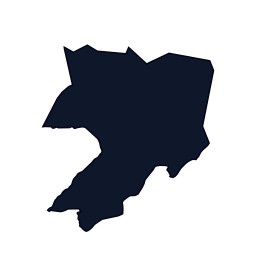 SVG path tracing the border of Gbapolu, rotated 348°
{"feature_id": "LBR-1459", "entity_name": "Gbapolu", "entity_type": "County", "adm_level": 1, "iso_a3": "LBR", "parent_name": "Liberia", "parent_adm1": "", "projection": "orthographic", "projection_center": [-10.534, 7.419], "detail": "fine", "context": "isolated", "style": "filled", "palette": "ink", "viewbox_px": 256, "rotation_deg": 348, "n_neighbors": 0, "source": "natural_earth", "source_scale": "10m", "svg_char_len": 2730}
<svg xmlns="http://www.w3.org/2000/svg" viewBox="0 0 256 256"><g transform="rotate(348 128 128)"><path d="M45.0,109.0L65.2,84.3L71.0,79.4L78.1,75.5L79.2,75.1L82.7,74.5L82.3,37.6L82.5,35.8L90.3,42.6L105.5,38.6L113.9,46.5L141.5,55.0L145.4,49.4L159.5,69.2L183.6,63.5L221.9,79.3L223.6,89.5L201.2,141.8L204.2,159.6L202.1,161.7L196.5,164.9L194.0,166.8L191.1,170.4L190.3,171.1L189.4,171.5L188.7,172.3L188.0,172.9L187.1,172.7L186.4,172.3L185.4,172.1L184.4,172.1L183.5,172.2L179.9,173.2L176.8,174.7L171.1,178.5L166.4,183.3L163.8,185.1L161.5,185.6L159.8,184.8L159.4,184.6L159.0,184.3L158.9,184.0L159.2,183.7L159.5,183.4L159.7,183.0L159.6,182.6L159.2,181.1L159.0,180.6L158.5,179.0L158.2,178.4L157.8,177.9L157.5,177.4L157.6,176.8L158.0,176.3L158.7,175.6L159.1,175.2L159.3,174.3L159.3,173.9L159.2,173.5L159.0,173.3L156.8,172.4L151.5,171.1L147.6,170.9L146.0,171.6L145.5,172.1L144.2,173.7L134.3,181.8L133.5,182.8L132.1,185.6L129.7,188.8L124.9,193.8L123.8,194.7L122.6,195.0L121.4,195.3L120.3,195.3L116.4,194.6L115.8,194.6L114.7,194.9L109.6,197.2L108.2,198.1L107.2,198.9L107.0,199.4L106.8,200.0L106.6,203.3L106.2,205.9L104.9,210.8L100.4,211.8L83.7,211.8L75.8,215.0L74.6,215.7L73.1,217.0L71.8,217.9L70.3,218.8L67.6,220.0L66.2,220.2L65.3,220.1L64.3,219.1L63.2,217.9L62.7,217.1L62.3,216.4L62.1,215.8L61.8,215.4L60.7,214.4L60.5,213.5L60.6,213.1L61.0,212.2L61.0,211.7L60.8,210.7L60.9,210.2L61.2,209.6L61.3,209.0L61.1,208.4L60.8,207.8L60.4,206.8L60.4,206.4L60.5,205.9L60.7,205.5L60.8,205.0L61.1,204.4L61.4,203.3L61.4,202.9L61.3,202.5L61.1,202.0L60.8,201.4L60.7,200.9L60.8,200.5L61.1,200.2L61.7,200.2L64.0,200.2L64.5,200.1L64.7,199.8L64.3,199.5L64.0,199.1L63.9,198.7L63.9,198.1L63.7,197.6L62.9,196.7L53.4,194.8L52.7,194.7L52.0,194.8L49.1,195.5L45.9,195.8L44.1,195.6L35.7,192.6L34.7,192.6L33.6,193.1L32.5,192.0L32.4,191.9L32.9,191.2L34.0,190.5L34.9,190.1L36.9,189.7L37.9,189.0L38.9,187.7L40.6,185.1L42.0,183.3L42.9,182.9L43.4,182.5L44.3,181.5L44.9,181.0L45.6,180.6L48.0,179.9L48.7,179.5L49.3,179.0L50.6,177.5L51.3,176.9L54.0,175.4L54.8,175.2L56.3,175.3L56.9,175.0L57.5,174.6L58.0,174.1L59.2,173.1L60.4,172.4L60.9,172.1L61.2,171.7L63.6,167.6L64.2,166.9L64.8,166.2L67.9,164.1L68.4,163.5L68.9,163.0L69.5,162.5L70.2,162.1L71.0,161.9L74.6,161.1L85.6,154.3L87.8,152.4L88.4,152.0L89.1,151.6L92.3,150.6L93.0,150.2L93.5,149.7L94.0,149.1L95.1,148.1L97.1,146.7L97.7,145.7L97.9,144.6L97.2,141.1L97.3,139.8L97.3,136.8L96.7,133.7L96.2,132.2L95.8,131.5L87.0,119.2L85.7,118.1L84.1,117.4L81.1,117.1L78.7,117.0L76.1,117.3L75.2,116.9L73.9,114.9L71.7,115.2L70.9,115.4L60.0,113.3L58.7,112.4L58.4,112.2L58.0,112.2L55.9,112.6L55.0,112.6L54.5,112.5L54.1,112.2L53.6,111.2L52.9,110.7L52.4,110.5L47.0,109.2L45.0,109.0Z" fill="#0f172a" stroke="#020617" stroke-width="1.5"/></g></svg>